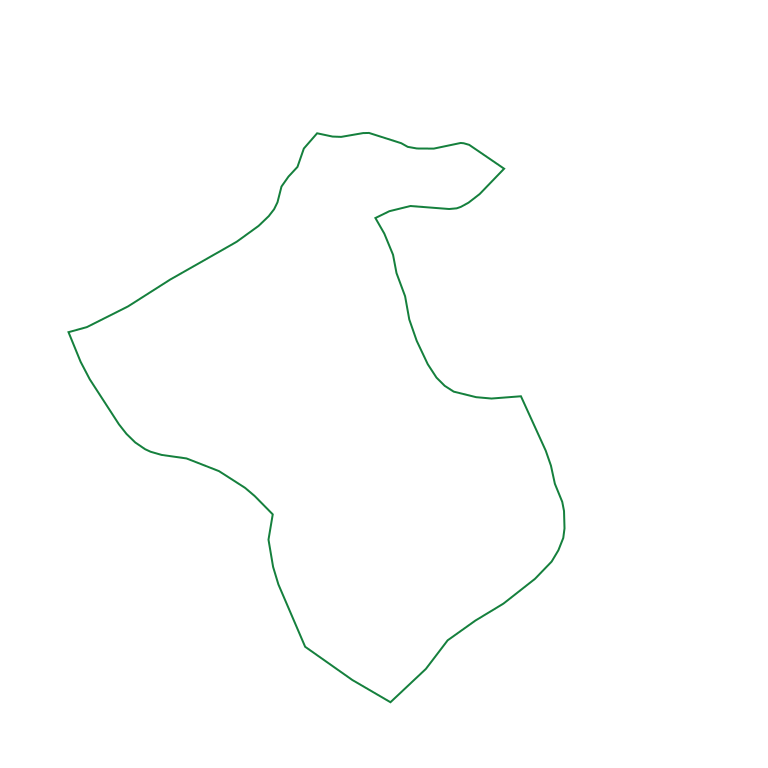 Darhan-Uul, Equal Earth projection, rotated 49°
{"feature_id": "MNG-3328", "entity_name": "Darhan-Uul", "entity_type": "Municipality", "adm_level": 1, "iso_a3": "MNG", "parent_name": "Mongolia", "parent_adm1": "", "projection": "equal_earth", "projection_center": [106.217, 49.455], "detail": "fine", "context": "isolated", "style": "outline", "palette": "green", "viewbox_px": 768, "rotation_deg": 49, "n_neighbors": 0, "source": "natural_earth", "source_scale": "10m", "svg_char_len": 1161}
<svg xmlns="http://www.w3.org/2000/svg" viewBox="0 0 768 768"><g transform="rotate(49 384 384)"><path d="M300.3,152.1L303.4,187.1L302.6,201.3L300.7,209.9L299.1,213.9L294.7,220.0L267.0,247.3L257.1,266.6L253.1,281.6L270.7,285.1L292.4,292.4L308.5,301.8L331.6,310.5L351.9,322.6L372.9,331.0L397.8,338.0L413.6,340.2L425.2,339.4L435.5,336.4L454.4,323.1L465.5,312.4L483.1,288.7L540.5,305.7L555.2,311.6L571.4,320.5L589.9,326.8L598.0,331.5L611.4,342.5L617.8,349.7L623.9,361.5L628.0,374.0L630.1,397.9L628.1,437.9L622.5,470.2L619.2,504.1L626.5,539.3L628.4,587.9L586.6,602.1L530.6,615.9L466.0,595.2L449.3,587.7L425.7,573.3L409.4,553.5L383.7,555.1L371.2,557.0L341.5,565.7L310.6,581.9L291.7,598.3L282.0,604.6L276.4,607.1L264.9,610.1L252.7,611.1L240.5,610.5L187.5,603.0L168.2,598.4L137.9,588.1L146.1,571.0L157.5,526.3L164.9,476.9L177.7,413.4L180.0,401.8L182.4,374.9L181.7,360.7L181.4,359.4L180.0,352.3L177.0,345.2L167.7,331.8L164.8,320.0L163.4,306.9L153.7,290.0L150.9,270.0L163.5,260.5L169.4,254.2L180.9,235.2L184.7,230.6L213.6,213.0L220.6,210.5L227.9,204.6L239.0,192.0L252.4,168.0L254.6,165.9L259.4,162.8L300.3,152.1Z" fill="none" stroke="#15803d" stroke-width="2"/></g></svg>